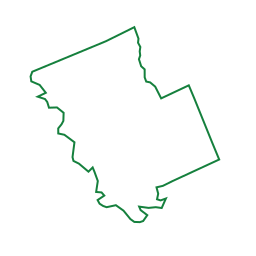 União da Serra, Rio Grande do Sul, Brazil (orthographic projection), rotated 340°
{"feature_id": "56859067B42000345551352", "entity_name": "União da Serra", "entity_type": "district", "adm_level": 2, "iso_a3": "BRA", "parent_name": "Brazil", "parent_adm1": "Rio Grande do Sul", "projection": "orthographic", "projection_center": [-52.035, -28.776], "detail": "fine", "context": "isolated", "style": "outline", "palette": "green", "viewbox_px": 256, "rotation_deg": 340, "n_neighbors": 0, "source": "geoboundaries", "source_scale": "gbopen_adm2", "svg_char_len": 957}
<svg xmlns="http://www.w3.org/2000/svg" viewBox="0 0 256 256"><g transform="rotate(340 128 128)"><path d="M132.3,214.7L139.5,207.2L133.9,207.2L130.9,204.9L133.9,200.1L134.5,193.5L141.0,194.3L151.7,193.1L202.9,188.8L202.1,170.2L200.4,122.7L199.7,108.7L169.3,111.5L167.7,98.4L164.4,92.7L161.0,90.6L161.0,86.1L163.7,78.6L161.5,74.5L161.8,67.1L164.3,64.0L165.2,60.0L167.3,56.1L166.6,51.3L168.4,47.6L168.4,35.4L137.0,38.9L57.3,42.4L54.1,46.2L53.1,51.1L59.7,57.3L62.8,66.8L53.9,67.7L59.9,72.4L61.0,75.9L60.7,81.9L68.3,84.4L72.7,91.7L69.7,99.2L66.8,101.8L62.3,104.5L60.6,109.3L65.9,112.6L72.8,123.1L65.9,136.4L65.5,140.3L69.7,144.7L75.9,155.5L81.3,153.0L81.5,157.6L81.5,167.5L78.8,172.4L76.2,177.2L81.1,179.5L82.6,183.4L74.8,185.3L75.4,189.4L77.9,192.7L80.8,195.1L90.2,196.4L95.5,204.1L99.1,214.4L101.8,218.4L106.9,220.5L110.4,220.6L116.3,216.5L111.8,209.5L111.6,205.7L120.0,210.1L127.0,211.9L132.3,214.7Z" fill="none" stroke="#15803d" stroke-width="2"/></g></svg>